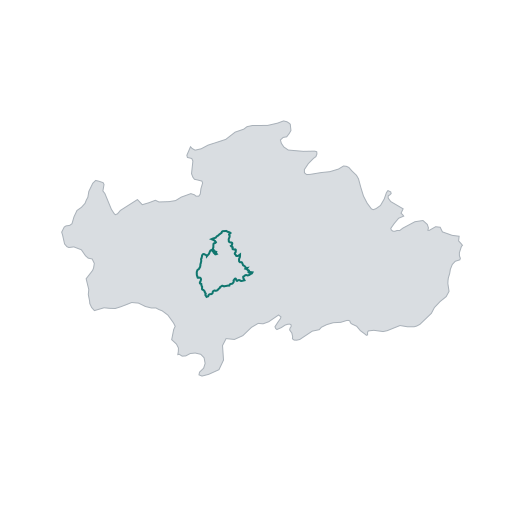 location of Pomoravski within Republic of Serbia, rotated 130°
{"feature_id": "SRB-832", "entity_name": "Pomoravski", "entity_type": "District", "adm_level": 1, "iso_a3": "SRB", "parent_name": "Republic of Serbia", "parent_adm1": "", "projection": "robinson", "projection_center": [21.332, 43.988], "detail": "fine", "context": "in_parent", "style": "outline", "palette": "teal", "viewbox_px": 512, "rotation_deg": 130, "n_neighbors": 0, "source": "natural_earth", "source_scale": "10m", "svg_char_len": 8888}
<svg xmlns="http://www.w3.org/2000/svg" viewBox="0 0 512 512"><g transform="rotate(130 256 256)"><path d="M286.7,200.8L298.2,204.0L303.4,207.0L306.2,211.0L313.5,213.6L325.5,214.9L333.8,218.9L338.5,225.8L346.1,224.1L356.6,214.0L366.9,211.3L377.1,216.2L382.7,220.2L383.7,223.3L381.3,224.6L375.6,224.0L371.0,225.9L367.3,230.4L366.8,235.1L369.4,240.2L373.0,243.7L377.7,245.6L380.2,248.2L380.6,251.6L381.8,252.5L379.1,254.1L376.3,256.3L374.6,260.3L374.3,266.8L365.2,271.8L361.8,272.7L360.3,276.1L357.9,285.5L358.3,292.6L359.5,296.2L360.1,299.2L363.1,302.8L365.8,308.3L367.6,315.7L371.5,321.3L381.7,326.9L386.7,330.1L390.4,334.8L393.3,339.1L401.7,344.7L401.1,348.8L399.3,352.7L397.4,354.6L393.3,359.7L389.2,362.5L382.6,371.5L372.1,371.9L369.6,372.7L365.6,375.1L363.6,379.6L365.5,383.2L365.4,386.8L363.5,393.8L366.1,401.4L369.8,404.8L370.4,406.8L369.8,410.4L364.3,417.6L362.6,420.2L357.1,421.5L355.1,420.9L352.3,418.4L349.6,417.7L343.0,420.6L336.2,422.4L330.9,421.0L325.6,420.8L322.0,422.0L319.2,422.5L313.9,425.6L305.2,427.8L301.2,427.4L299.7,424.4L298.1,420.3L298.9,418.4L304.6,415.1L305.3,411.9L313.2,396.8L314.7,391.9L314.8,390.3L312.7,389.2L308.3,389.2L289.0,383.1L289.8,376.1L284.1,372.3L278.0,368.9L277.0,365.1L270.2,357.5L265.2,353.2L258.9,351.1L253.4,347.9L250.1,346.0L248.7,342.5L248.7,340.4L247.0,338.3L244.4,338.5L239.9,341.4L234.4,343.8L233.4,345.6L235.4,349.8L236.8,352.5L236.2,355.0L234.4,358.3L223.8,365.4L222.6,367.9L224.6,371.9L223.3,373.7L214.4,376.4L214.7,374.2L214.1,370.7L209.1,366.9L201.9,364.0L186.1,354.1L180.0,352.8L174.5,351.6L166.7,346.9L162.7,346.0L158.3,342.6L148.6,331.1L140.4,324.9L134.8,321.7L133.3,318.6L132.9,315.5L133.1,314.4L137.4,309.9L140.7,309.3L145.0,309.1L147.7,311.4L151.4,311.9L153.4,309.0L154.6,304.8L154.1,299.4L145.4,287.0L137.9,278.4L137.1,276.5L138.7,274.9L141.4,274.0L144.2,274.7L151.6,275.3L158.7,274.5L161.1,272.4L161.1,269.6L158.6,266.9L150.3,259.8L143.9,253.6L136.4,248.7L130.8,246.8L129.2,244.4L128.5,241.8L129.2,237.0L129.6,230.9L131.0,227.1L136.1,219.8L141.0,212.2L144.1,204.8L145.7,198.0L145.2,196.0L142.6,194.5L137.3,193.1L129.9,194.4L123.6,196.8L121.1,197.0L120.3,194.0L121.3,192.6L123.3,192.8L124.9,193.4L126.7,192.0L127.7,187.8L125.3,173.6L130.0,172.4L130.1,170.3L130.5,168.5L135.4,171.0L142.2,171.0L148.2,170.5L149.1,169.1L149.0,167.1L147.8,165.5L145.7,164.3L144.2,162.3L140.2,161.4L127.6,156.3L121.5,150.9L121.7,145.1L123.6,142.0L125.8,140.9L125.1,139.8L118.1,137.2L115.6,133.4L117.7,128.7L114.1,119.0L110.3,113.1L114.2,110.5L114.7,106.8L115.1,104.7L116.6,104.8L122.8,102.3L125.1,100.3L126.4,98.0L127.9,97.4L132.0,100.0L136.3,100.2L141.2,98.6L144.9,96.4L149.3,94.5L151.3,93.2L153.8,91.3L159.0,85.4L164.8,84.2L172.5,85.7L180.9,86.2L187.2,84.8L203.0,86.5L206.4,87.9L208.6,89.4L212.8,94.4L216.7,101.0L222.3,104.0L228.9,107.5L232.2,110.1L237.2,118.0L241.2,121.8L242.5,121.6L243.8,120.6L244.7,119.8L245.8,120.5L245.8,122.9L246.1,128.1L245.1,133.7L246.5,139.0L246.5,140.7L245.5,142.2L245.7,143.5L247.0,145.0L252.4,148.5L257.4,153.9L263.1,157.7L268.5,160.1L271.8,160.2L277.4,164.6L288.3,167.8L291.8,168.8L294.2,170.6L295.9,172.7L296.0,174.9L294.3,176.0L292.0,179.0L291.0,182.7L289.3,183.6L287.5,183.7L286.2,184.8L286.5,186.4L288.0,187.9L290.3,189.3L294.6,190.6L298.9,192.7L298.9,194.3L298.0,196.0L292.5,196.7L288.5,197.0L286.6,197.7L286.7,200.8Z" fill="#d9dde1" stroke="#a8b0b8" stroke-width="1"/><path d="M258.2,297.3L257.2,296.2L256.9,295.8L256.7,295.6L256.2,295.2L255.9,294.9L255.8,294.6L255.8,294.4L255.8,293.7L255.7,293.2L255.3,292.6L255.2,292.3L254.8,291.2L254.8,290.3L255.7,290.4L256.0,290.4L256.6,290.6L256.9,290.5L257.0,290.4L257.1,290.2L257.2,289.7L257.4,289.4L257.5,289.1L257.8,288.9L258.2,288.7L258.8,288.3L259.2,288.2L259.8,288.1L260.0,288.0L260.7,287.7L261.1,287.4L261.8,286.6L262.3,286.2L262.4,285.9L262.4,285.7L262.4,285.2L262.3,284.8L261.9,284.1L261.6,283.8L261.5,283.5L261.3,282.9L261.3,282.7L261.5,282.4L261.8,282.1L262.5,281.8L262.9,281.5L263.1,281.5L263.3,281.5L263.7,281.5L264.4,281.7L264.5,281.2L264.5,280.8L264.5,280.6L264.2,279.7L264.3,279.4L265.0,279.1L265.4,278.8L265.5,278.7L265.7,278.4L265.7,278.2L265.6,277.8L265.2,277.3L265.0,276.8L264.3,276.2L264.2,276.0L264.2,275.9L264.2,275.7L264.3,275.4L264.4,275.2L264.6,275.1L265.1,274.9L265.7,274.3L265.8,274.2L266.1,274.1L267.1,274.1L267.3,274.1L267.6,274.0L267.8,273.8L268.1,273.4L268.1,273.0L268.1,272.6L268.1,272.4L268.5,271.7L268.6,271.2L268.4,270.8L267.6,269.9L267.4,269.8L267.1,269.7L265.1,269.2L266.1,268.4L267.1,267.7L267.7,267.5L268.4,267.3L269.1,267.1L269.5,266.8L269.7,266.7L270.0,266.3L270.7,265.8L270.8,265.7L271.0,265.2L271.1,264.4L270.2,263.3L270.1,263.2L270.0,262.8L270.0,262.6L270.1,262.4L270.4,261.8L270.4,261.7L271.4,259.9L271.2,259.2L271.1,258.1L271.2,257.1L271.5,256.4L272.2,256.2L270.8,255.0L272.2,255.0L272.1,254.7L271.7,254.3L272.0,253.6L272.2,253.2L271.7,252.6L271.7,252.0L273.2,251.4L273.2,250.7L272.1,250.3L270.8,248.2L271.7,248.0L272.1,248.0L272.3,248.1L272.6,248.2L273.2,248.6L273.6,248.7L274.3,248.8L274.7,248.9L275.4,249.3L276.2,249.8L276.3,249.9L276.4,250.1L276.6,250.8L276.7,251.0L277.0,251.4L277.4,251.7L277.7,251.9L278.6,252.0L279.0,252.1L279.7,252.4L279.9,252.5L280.1,252.5L280.3,252.4L280.8,251.8L281.0,251.5L281.2,251.3L281.4,250.6L281.7,249.9L282.0,249.2L283.6,250.4L284.3,250.9L284.5,251.1L284.8,251.5L284.9,251.8L285.0,252.0L284.9,252.6L285.0,252.8L285.0,253.0L285.4,253.5L285.7,253.9L285.8,254.0L286.1,254.2L287.0,254.3L287.2,254.5L287.3,254.6L287.4,254.9L287.3,255.1L287.1,255.6L286.9,256.1L286.7,256.3L286.4,256.8L286.4,257.1L286.5,257.3L286.8,257.5L287.2,257.6L288.0,257.5L289.1,257.5L289.3,257.3L289.5,257.0L289.6,256.9L289.8,256.7L290.1,256.5L290.6,256.4L292.0,256.3L292.3,256.4L292.8,256.6L293.4,257.2L293.6,257.3L294.2,257.7L294.5,257.7L294.9,257.7L295.4,257.6L295.8,257.4L296.2,257.8L296.6,258.4L297.6,259.2L298.4,259.8L298.9,260.4L299.1,260.5L299.5,260.7L299.8,260.9L299.9,261.0L300.0,261.7L300.3,262.2L300.3,262.5L300.5,262.8L300.8,262.9L301.1,263.0L301.7,263.1L302.4,263.4L302.8,263.5L303.1,263.5L303.5,263.3L304.0,263.2L304.3,263.3L305.1,263.5L305.3,263.5L305.7,263.5L306.3,263.5L306.5,263.5L306.8,263.5L307.2,263.6L307.7,263.9L308.5,264.4L308.7,264.7L308.9,265.4L309.1,265.6L309.4,265.8L310.0,266.0L310.3,266.1L310.6,266.2L311.2,266.1L311.6,265.9L312.1,265.5L312.4,265.4L312.6,265.4L313.4,265.5L313.7,265.6L313.8,265.7L314.0,265.8L314.8,266.7L315.2,266.9L315.6,267.1L316.0,267.2L316.3,267.2L317.3,266.8L317.6,266.8L317.8,266.8L318.5,267.3L319.1,267.6L318.7,268.8L318.6,269.2L318.6,269.4L318.5,269.6L318.2,269.9L318.0,270.0L317.2,270.2L317.1,270.4L317.0,270.6L316.9,271.6L316.8,271.8L316.2,272.4L316.1,272.5L316.0,273.1L315.9,274.1L315.8,274.3L315.8,274.5L316.1,275.0L316.2,275.4L316.2,275.7L316.1,276.0L315.8,276.3L315.0,276.8L314.7,277.2L314.2,277.5L314.0,277.9L313.9,278.3L313.9,278.5L313.4,279.1L312.6,279.9L312.5,280.0L312.6,280.4L312.9,280.9L313.0,281.0L313.0,281.3L312.9,281.5L312.5,281.9L312.2,282.1L311.5,282.2L311.2,282.2L309.8,282.8L309.2,283.1L308.9,283.5L308.7,283.9L308.6,284.2L308.6,284.6L308.6,284.9L308.7,285.1L308.8,285.3L309.7,286.1L310.0,286.4L310.1,286.6L310.1,286.8L309.9,287.1L309.5,287.4L309.4,287.5L309.2,287.8L309.2,288.3L309.1,288.5L308.1,289.6L307.3,290.2L307.1,290.5L306.1,291.2L305.3,291.5L304.8,291.7L304.5,291.8L304.3,291.8L303.9,291.7L303.7,291.7L303.1,291.5L302.9,291.4L302.4,291.4L302.0,291.4L301.4,291.7L301.2,291.7L300.2,291.8L299.7,292.2L299.5,292.3L299.0,292.5L298.8,292.7L298.2,293.2L297.9,293.4L297.3,293.5L296.5,294.0L295.6,294.4L295.1,294.7L294.3,295.4L294.0,295.8L293.7,296.1L293.4,296.2L293.1,296.2L292.8,296.2L292.3,296.6L291.7,296.8L291.1,297.1L290.9,297.2L290.4,297.6L290.2,297.6L289.6,297.8L288.5,297.7L288.0,297.2L287.2,294.1L287.8,293.5L286.1,293.5L285.4,293.4L284.9,293.4L283.9,293.6L282.6,294.1L281.3,294.4L281.1,294.4L280.8,294.3L280.3,294.1L280.0,293.9L279.8,293.8L279.7,293.5L279.7,293.4L279.8,293.1L280.1,292.8L280.2,292.5L280.2,292.1L280.1,291.8L280.1,291.6L280.2,291.4L280.7,290.4L280.7,290.2L280.7,289.8L280.6,289.2L280.7,288.9L280.9,288.5L280.9,288.4L280.8,288.2L280.7,288.0L280.6,287.9L279.7,287.4L279.6,288.4L279.5,288.6L279.4,288.7L278.4,289.1L278.8,290.2L278.8,290.4L278.9,290.9L278.9,291.4L278.8,291.8L278.5,292.5L278.4,293.3L278.3,293.5L278.2,293.7L278.0,293.8L277.6,294.0L276.8,294.2L276.5,294.4L276.1,294.8L275.8,295.1L274.8,295.8L274.2,296.3L273.8,296.4L273.6,296.4L273.3,296.3L273.1,296.2L272.6,295.8L272.2,295.6L271.5,295.5L271.2,295.5L271.1,295.8L271.1,296.0L271.1,296.4L271.1,296.6L270.9,296.9L270.8,297.2L270.9,297.6L270.9,298.1L271.0,298.5L271.0,298.8L271.2,299.3L271.7,300.9L269.9,300.0L269.6,299.8L269.2,299.4L268.4,299.0L268.0,298.7L267.8,298.6L267.5,298.6L266.6,298.7L265.8,298.6L265.5,298.5L264.9,298.2L264.7,298.1L264.3,298.1L263.2,298.0L262.7,297.9L262.2,297.7L261.1,297.5L260.7,297.3L260.2,297.3L259.9,297.5L259.6,297.6L259.4,297.7L258.8,297.6L258.4,297.4L258.2,297.3Z" fill="none" stroke="#0f766e" stroke-width="2"/></g></svg>